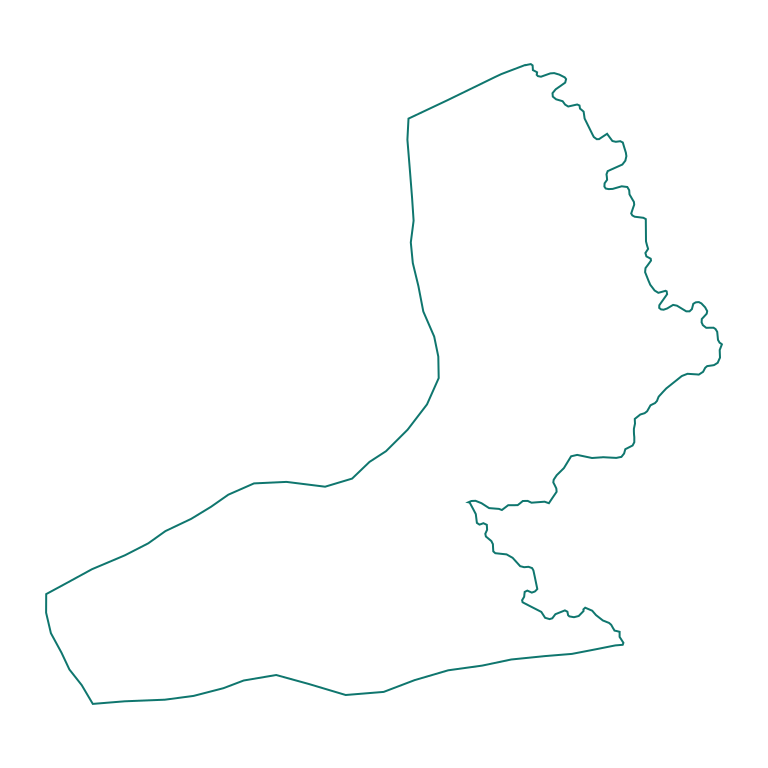 La Nya Pendé, Logone Oriental, Chad, rotated 270°
{"feature_id": "50815135B51143570982343", "entity_name": "La Nya Pendé", "entity_type": "district", "adm_level": 2, "iso_a3": "TCD", "parent_name": "Chad", "parent_adm1": "Logone Oriental", "projection": "robinson", "projection_center": [16.781, 7.997], "detail": "fine", "context": "isolated", "style": "outline", "palette": "teal", "viewbox_px": 768, "rotation_deg": 270, "n_neighbors": 0, "source": "geoboundaries", "source_scale": "gbopen_adm2", "svg_char_len": 4835}
<svg xmlns="http://www.w3.org/2000/svg" viewBox="0 0 768 768"><g transform="rotate(270 384 384)"><path d="M289.4,352.1L281.3,325.1L286.1,286.5L284.6,254.0L273.3,228.3L261.2,211.0L249.1,191.1L236.9,165.4L224.7,148.3L212.7,124.9L198.8,92.0L183.8,64.5L173.9,46.2L155.3,46.1L134.8,50.9L115.3,61.5L98.5,69.4L82.9,81.7L64.1,92.8L66.7,124.7L68.3,164.8L72.1,193.6L79.8,223.4L87.5,243.7L93.0,276.1L84.1,308.5L73.0,345.7L76.1,383.7L87.9,414.7L97.7,448.2L102.4,482.2L108.5,511.2L111.9,544.9L114.1,571.9L117.8,591.1L119.1,597.8L121.7,610.8L122.6,615.4L123.2,622.7L123.4,622.8L125.2,623.4L131.1,619.6L136.2,619.6L137.0,616.5L137.4,614.5L139.2,613.5L139.4,613.3L143.2,611.2L144.0,610.3L145.1,609.0L146.1,606.4L146.2,606.2L146.5,605.5L147.5,602.9L152.9,596.0L155.9,593.4L157.3,592.2L160.3,585.2L159.0,583.8L158.6,583.4L157.4,583.5L156.9,583.5L156.5,583.1L152.0,578.7L151.2,575.6L150.8,574.0L151.6,569.4L152.3,568.6L152.8,568.1L156.3,567.4L157.6,564.9L153.8,555.4L149.7,552.3L148.9,549.6L150.2,545.1L156.1,541.3L162.4,529.0L165.7,522.6L167.0,522.3L167.8,522.1L171.1,524.1L172.3,524.3L172.8,524.3L176.1,524.7L176.7,525.9L177.4,527.3L175.4,531.8L176.4,534.6L176.7,535.1L177.6,536.0L179.0,537.3L191.1,534.8L197.6,533.4L199.9,532.1L201.2,528.5L200.8,524.1L201.4,521.9L201.8,520.2L206.0,516.4L210.2,512.6L212.0,509.4L213.6,506.6L214.8,495.3L216.6,493.3L218.1,493.2L221.4,493.0L223.9,492.9L225.2,492.2L226.9,491.4L231.5,485.9L234.2,485.3L238.2,487.1L243.2,486.8L243.7,485.7L244.8,483.4L244.0,481.3L243.4,479.5L243.5,479.3L245.1,476.9L246.6,476.7L253.9,475.8L258.9,473.2L265.4,469.7L265.7,468.4L266.7,470.7L267.0,471.4L267.2,475.5L264.8,481.5L259.9,489.1L259.1,499.0L258.5,500.5L258.0,501.9L262.8,508.2L262.8,514.2L262.9,517.7L264.5,519.8L267.0,522.8L267.1,527.7L266.0,530.0L265.3,531.5L266.3,544.6L265.2,547.7L264.8,548.9L270.2,552.5L276.2,556.6L277.7,556.5L279.6,556.3L283.7,554.3L284.0,554.1L285.6,553.3L288.3,553.7L290.1,554.9L292.8,556.7L299.9,563.9L311.7,571.1L313.1,577.2L310.0,592.0L310.6,600.6L310.6,601.1L310.8,603.1L310.5,608.5L310.3,612.3L310.1,616.4L310.6,618.7L311.1,621.4L314.5,624.1L318.8,625.3L319.6,626.9L322.5,632.6L325.8,634.3L327.9,634.3L330.9,634.3L331.8,634.2L333.9,634.0L336.5,633.9L337.7,633.9L339.2,633.9L344.4,635.0L348.2,634.8L349.1,634.8L351.4,637.7L353.5,640.3L354.8,644.6L356.7,647.1L362.7,650.5L363.6,652.3L364.2,653.5L364.9,655.0L367.1,657.0L369.5,657.9L371.4,658.7L376.1,663.0L379.6,666.3L391.9,681.7L392.5,683.1L394.2,687.5L393.6,696.8L393.4,698.8L396.2,703.1L400.2,705.2L401.9,707.2L402.5,711.5L402.6,712.3L402.9,714.0L403.5,715.0L405.2,717.7L408.2,719.0L409.9,719.8L410.4,720.0L412.9,719.9L418.0,719.7L423.7,721.9L424.7,720.6L425.3,719.6L428.1,718.0L436.2,717.2L438.3,715.9L439.0,715.5L439.5,714.7L440.3,713.5L440.2,706.2L442.9,702.8L443.0,702.8L443.7,702.5L445.6,701.6L449.0,701.8L453.3,705.8L454.3,706.7L456.9,707.2L459.2,705.9L460.6,705.2L464.6,701.4L465.5,699.6L465.9,698.9L465.8,697.1L465.6,695.6L464.6,694.0L464.2,693.3L458.9,691.9L457.2,690.1L456.7,689.6L456.7,687.5L456.7,686.2L458.7,682.9L462.3,677.0L462.4,676.6L463.1,673.1L459.5,667.1L458.3,663.6L458.6,661.0L460.1,659.2L462.5,659.3L462.9,659.4L473.8,667.1L474.9,666.9L476.6,666.7L477.2,665.6L475.6,659.9L475.2,658.3L477.5,654.6L479.9,652.8L483.3,650.2L485.0,649.5L487.3,648.5L494.6,645.6L495.8,645.1L496.9,645.2L499.9,645.5L503.8,648.4L507.4,651.0L509.3,650.7L510.8,647.9L511.6,646.4L515.0,645.4L519.1,648.1L522.7,647.0L526.6,646.0L548.9,645.8L550.2,643.4L551.3,634.6L551.6,634.1L552.6,632.3L553.7,631.7L554.0,631.5L554.5,631.2L559.9,633.0L563.3,634.2L565.2,634.0L566.1,633.9L568.6,632.4L573.6,629.5L577.7,629.2L578.3,628.9L581.0,627.3L581.7,621.7L579.8,615.1L579.1,612.7L578.9,608.6L579.5,605.7L581.4,604.4L584.7,604.6L585.4,605.1L588.2,607.1L591.5,606.8L593.7,606.5L596.9,607.7L600.3,615.3L602.9,621.1L603.3,621.9L603.4,622.3L607.4,625.4L607.6,625.4L611.9,626.4L613.7,626.1L615.2,625.9L621.4,624.0L625.5,622.8L626.3,621.2L626.8,620.3L626.2,615.8L627.0,612.4L633.2,607.8L634.2,607.1L629.8,600.4L628.9,599.1L628.9,598.5L628.8,596.8L631.0,593.8L633.7,592.4L649.5,584.6L653.1,584.1L656.4,583.6L658.2,581.5L659.4,580.0L662.5,579.5L663.5,577.2L663.4,576.7L661.5,568.2L663.4,565.1L666.0,563.2L666.8,562.6L668.7,556.1L671.4,552.8L672.6,552.7L674.8,552.5L678.0,555.1L678.7,555.7L685.4,565.2L687.8,565.8L688.9,566.1L690.6,564.8L693.4,559.3L694.0,557.2L694.9,554.2L694.6,550.3L692.2,543.5L691.3,541.0L691.6,539.3L691.9,537.9L692.9,537.0L693.2,536.7L695.7,537.1L697.1,534.5L697.9,532.9L699.8,532.8L702.6,532.6L703.9,530.8L703.3,527.7L702.8,525.5L703.0,525.2L696.2,507.3L693.9,501.3L690.9,494.9L667.8,447.5L649.4,408.5L628.3,407.4L597.7,409.9L569.8,412.1L547.3,413.6L525.6,410.8L505.0,412.8L481.9,418.4L456.5,423.3L431.4,434.2L411.4,438.3L389.9,438.7L363.6,427.0L338.3,407.6L316.8,386.0L306.1,369.5L289.4,352.1Z" fill="none" stroke="#0f766e" stroke-width="2"/></g></svg>